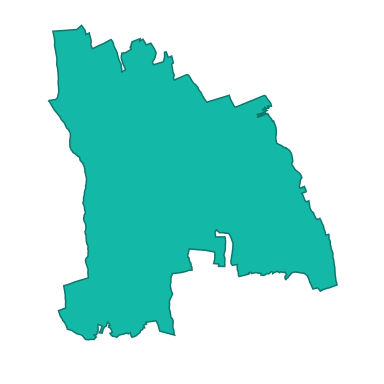 Voinesti, Vaslui, Romania (Mercator projection), rotated 185°
{"feature_id": "2599482B92497784274092", "entity_name": "Voinesti", "entity_type": "district", "adm_level": 2, "iso_a3": "ROU", "parent_name": "Romania", "parent_adm1": "Vaslui", "projection": "mercator", "projection_center": [27.426, 46.554], "detail": "fine", "context": "isolated", "style": "filled", "palette": "teal", "viewbox_px": 384, "rotation_deg": 185, "n_neighbors": 0, "source": "geoboundaries", "source_scale": "gbopen_adm2", "svg_char_len": 5992}
<svg xmlns="http://www.w3.org/2000/svg" viewBox="0 0 384 384"><g transform="rotate(185 192 192)"><path d="M342.7,270.1L341.8,269.5L336.6,262.1L330.3,255.6L328.4,252.6L325.2,249.7L322.6,245.0L319.9,242.8L319.5,241.6L318.4,240.3L318.0,237.3L318.2,232.0L317.5,226.4L315.6,222.9L314.5,222.2L314.4,221.5L313.3,220.5L311.5,219.9L310.9,219.0L309.6,218.6L309.1,218.2L308.9,217.6L306.8,216.7L306.5,214.6L306.1,213.7L303.6,211.4L301.4,207.7L301.3,206.5L300.8,205.7L300.4,202.6L299.4,200.1L298.2,195.9L298.2,191.8L298.0,191.0L298.6,189.0L298.3,187.4L298.4,185.7L299.1,182.8L299.0,179.7L299.6,176.4L299.2,174.1L299.7,172.1L299.6,171.0L298.5,169.3L297.9,167.7L297.3,164.3L296.4,162.8L296.5,161.7L297.5,159.3L297.2,158.3L297.6,157.3L297.6,155.7L296.8,153.2L295.4,151.4L295.4,150.8L294.9,149.8L294.4,145.7L295.2,143.2L294.6,140.9L293.5,139.7L293.7,138.8L292.9,133.4L292.1,130.9L291.2,129.8L290.8,128.7L290.8,126.0L290.1,123.9L290.3,122.4L290.0,119.7L290.3,118.4L291.7,116.7L292.1,114.3L291.6,112.4L288.8,106.0L288.6,101.8L287.8,97.4L300.7,92.3L307.6,88.9L311.6,87.5L309.3,78.5L309.0,74.9L308.3,72.0L308.2,68.6L307.8,65.9L307.9,65.4L314.7,62.2L312.3,56.7L309.8,53.5L309.5,52.7L307.7,51.1L305.1,47.0L304.2,44.5L299.7,43.6L294.8,40.9L289.7,39.9L288.1,38.8L285.8,36.3L285.0,35.8L282.4,35.7L280.8,36.2L276.7,36.6L274.7,39.2L277.2,40.9L277.2,41.2L274.7,41.4L274.1,44.4L273.5,45.2L273.6,47.6L274.2,50.9L274.0,51.9L269.9,50.8L271.0,45.9L272.3,43.7L269.1,43.6L268.6,47.4L267.4,49.8L265.9,50.8L265.1,54.0L264.4,55.1L262.0,52.0L263.3,51.7L262.8,50.6L263.1,49.9L261.8,49.5L260.8,48.5L259.2,45.2L261.4,44.1L260.6,42.9L259.6,42.7L259.7,42.1L258.5,41.4L256.4,41.3L254.1,40.7L252.2,43.1L247.1,44.7L245.1,45.7L242.8,45.2L241.2,46.5L239.9,42.9L239.0,42.0L234.8,44.1L234.2,45.1L233.4,45.6L231.5,47.6L231.0,49.7L229.4,50.5L229.1,51.1L229.2,52.1L227.3,52.6L228.6,55.1L225.7,56.5L226.5,58.2L216.5,60.6L214.1,56.3L212.0,50.6L196.8,47.9L197.7,49.8L197.9,52.1L199.3,55.4L199.5,61.6L200.5,64.0L201.4,64.7L202.3,66.1L203.2,70.6L204.6,73.9L204.5,77.7L205.0,81.7L202.4,88.7L204.0,91.7L205.5,96.7L205.2,100.5L205.5,104.2L205.2,106.1L204.6,107.5L204.7,108.9L195.4,110.9L190.4,112.6L188.1,113.8L185.1,114.2L185.6,117.2L186.7,118.5L186.5,119.4L187.1,121.2L187.5,121.1L188.0,122.0L189.5,126.5L190.5,126.9L190.8,128.4L190.3,130.4L189.9,135.0L173.3,135.1L164.4,134.2L163.8,132.3L163.5,127.4L164.2,122.6L159.0,122.6L159.1,120.2L152.9,120.7L153.5,129.2L154.8,132.0L153.9,136.6L153.9,138.3L154.3,146.1L155.0,149.5L155.3,150.2L164.5,149.3L165.5,153.0L165.4,154.6L164.6,155.5L164.5,156.5L161.0,153.8L157.5,154.2L154.6,153.8L152.5,154.0L150.9,153.0L150.4,152.2L146.7,144.7L146.4,138.7L147.2,126.8L147.0,124.5L146.4,123.5L145.3,122.5L140.7,123.7L140.0,118.2L139.0,116.5L138.5,113.1L137.7,111.9L129.2,114.8L129.4,115.0L128.0,115.6L128.4,116.5L126.4,117.2L125.7,115.9L121.1,117.4L119.1,116.9L116.2,117.0L116.0,115.2L114.9,115.3L113.8,115.0L112.0,115.7L111.2,116.6L109.9,117.3L108.4,117.1L106.0,119.7L104.9,119.3L104.4,117.8L103.8,118.5L100.8,120.1L99.5,120.3L99.0,119.7L97.7,119.3L96.7,120.1L93.1,119.9L92.1,120.3L90.6,117.8L91.7,116.5L92.1,115.2L91.3,113.1L90.8,112.9L90.2,114.1L89.0,114.9L88.4,116.3L86.5,118.5L86.6,119.5L83.8,121.0L81.6,121.3L72.8,120.7L69.6,118.4L67.6,114.6L67.2,113.3L63.1,105.9L58.6,107.4L58.0,107.1L55.5,104.4L52.8,106.2L48.6,108.0L47.6,108.2L39.4,112.0L39.9,114.0L40.8,115.9L42.3,123.0L43.2,129.3L44.5,134.1L44.7,136.1L46.0,139.2L46.3,143.5L47.7,146.0L48.7,148.5L48.8,149.9L49.6,151.8L49.9,154.8L51.6,157.9L51.7,160.6L52.0,161.7L55.1,160.9L56.2,164.7L57.7,167.5L57.5,167.8L58.3,169.8L62.3,176.9L63.1,176.3L65.6,175.6L68.9,180.8L68.9,181.7L71.3,183.4L73.1,186.4L74.8,193.4L77.3,192.1L78.9,193.8L81.2,198.5L82.6,200.1L78.3,202.2L78.9,204.2L80.6,207.4L84.6,205.1L85.1,205.9L85.6,207.6L85.1,210.5L85.2,212.4L84.2,215.4L83.8,215.7L84.8,218.1L85.4,218.8L86.5,220.0L91.0,223.1L94.9,228.0L95.0,229.0L94.3,231.3L94.7,233.6L96.0,238.1L96.9,239.8L98.3,241.7L100.5,243.2L102.1,243.8L102.3,244.4L103.3,244.1L106.7,245.9L111.4,247.7L112.1,248.7L113.4,253.8L113.1,256.5L113.4,260.9L114.1,263.8L116.9,269.9L117.8,269.3L119.2,271.7L122.2,274.6L122.7,276.1L123.8,275.6L124.3,276.8L128.2,274.4L133.1,272.1L133.3,272.6L132.3,273.0L132.1,273.7L129.9,274.4L125.9,276.9L126.1,277.8L132.8,274.2L133.7,274.9L129.2,276.6L127.7,277.8L125.4,278.7L125.3,279.4L124.4,279.8L125.2,280.3L128.7,279.9L128.8,280.5L126.2,280.7L126.3,281.1L127.7,281.0L126.6,281.5L127.2,281.7L126.9,282.8L126.1,282.0L123.4,281.9L122.8,282.2L122.6,282.8L122.8,283.2L123.9,283.2L124.1,284.3L120.4,284.4L121.2,287.1L124.7,290.9L127.1,294.1L128.4,294.5L156.0,280.3L157.2,280.8L160.7,286.1L162.1,288.5L163.3,291.6L185.1,282.8L187.5,285.5L190.3,289.4L191.8,292.1L193.7,293.8L195.6,297.3L197.0,298.3L197.8,299.3L199.7,300.4L201.6,302.6L204.4,306.7L206.1,308.4L207.4,308.5L219.4,302.0L219.9,302.6L220.3,304.2L220.3,305.8L219.7,306.7L221.5,309.9L222.4,314.1L223.4,316.8L223.2,317.8L222.0,318.6L222.0,319.6L224.1,325.7L225.5,324.7L227.8,324.2L228.0,325.2L229.9,329.4L231.6,328.8L231.1,324.7L231.2,323.1L231.9,319.2L241.3,315.5L241.7,315.8L242.5,317.2L242.6,318.3L241.1,321.1L240.5,323.0L239.9,327.0L240.1,328.4L240.9,329.1L241.7,331.0L246.0,336.7L250.5,334.5L251.5,336.3L254.3,340.0L257.2,337.8L257.1,340.2L264.9,336.4L265.0,335.9L264.7,335.5L264.9,334.3L265.5,334.0L265.2,333.4L265.3,333.0L265.1,332.0L266.0,331.7L266.1,330.3L265.3,330.0L264.9,328.9L270.4,325.0L273.9,324.3L274.3,320.6L273.9,318.5L272.0,313.8L268.8,308.2L272.2,305.5L272.5,305.6L272.8,309.0L273.6,310.6L273.7,312.9L275.9,316.4L278.0,321.7L278.6,324.1L282.7,331.0L283.2,333.1L284.6,335.5L285.9,336.8L286.8,336.3L293.0,332.2L297.5,329.8L303.7,326.0L305.8,330.2L305.5,332.6L305.8,334.6L307.8,340.0L308.1,341.5L311.5,339.6L311.7,340.9L312.8,344.0L316.6,348.3L320.9,343.8L344.6,340.0L342.5,333.4L341.8,329.0L341.8,326.4L338.2,313.3L337.8,307.0L336.6,303.2L335.6,297.7L334.9,292.7L335.0,289.9L333.4,280.9L334.1,274.9L334.9,273.1L336.0,272.3L342.3,270.7L342.7,270.1Z" fill="#14b8a6" stroke="#0f766e" stroke-width="1.5"/></g></svg>